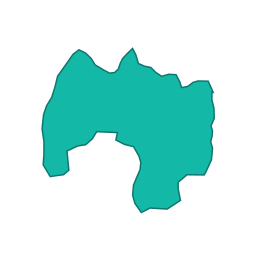 outline of Yesan-gun, South Chungcheong, South Korea, rotated 344°
{"feature_id": "91817680B1629367715088", "entity_name": "Yesan-gun", "entity_type": "district", "adm_level": 2, "iso_a3": "KOR", "parent_name": "South Korea", "parent_adm1": "South Chungcheong", "projection": "equal_earth", "projection_center": [126.793, 36.657], "detail": "fine", "context": "isolated", "style": "filled", "palette": "teal", "viewbox_px": 256, "rotation_deg": 344, "n_neighbors": 0, "source": "geoboundaries", "source_scale": "gbopen_adm2", "svg_char_len": 1093}
<svg xmlns="http://www.w3.org/2000/svg" viewBox="0 0 256 256"><g transform="rotate(344 128 128)"><path d="M219.7,117.2L218.0,105.1L208.3,102.1L203.1,102.1L196.9,104.5L190.6,103.9L190.6,98.5L188.9,90.0L182.0,87.6L174.6,87.6L170.0,82.2L166.6,76.1L160.9,73.1L155.8,68.9L155.7,59.8L154.3,52.8L147.0,56.7L141.9,59.8L138.2,64.0L134.9,68.7L130.5,71.0L125.4,70.2L120.3,65.2L113.7,58.2L111.9,51.3L107.9,44.3L102.4,39.3L95.5,42.0L85.4,50.2L74.7,58.7L72.8,62.0L69.3,68.1L63.1,77.5L55.9,84.2L50.6,91.7L45.2,105.0L43.4,118.2L39.8,130.5L37.5,136.7L36.3,140.0L39.8,153.2L53.2,155.1L59.5,152.3L63.0,133.3L74.6,131.4L82.7,132.4L90.7,128.6L96.9,122.9L116.6,129.5L113.0,136.2L120.1,142.8L128.2,147.5L130.8,158.0L130.8,164.6L128.2,171.2L122.8,177.8L117.5,184.5L113.9,194.0L113.9,202.5L117.5,212.9L127.3,211.0L128.8,211.6L143.3,216.7L158.5,212.0L159.4,200.6L161.2,194.0L171.9,189.2L188.3,194.1L190.9,191.5L199.3,181.8L201.5,176.4L203.7,170.6L203.7,164.0L206.6,158.9L208.4,154.3L208.4,148.8L213.5,142.6L216.1,132.6L216.4,124.0L218.6,116.7L219.7,117.2Z" fill="#14b8a6" stroke="#0f766e" stroke-width="1.5"/></g></svg>